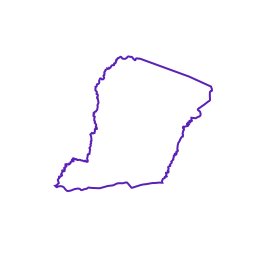 the district of Ngauma, Niassa, Mozambique, rotated 148°
{"feature_id": "85939544B1529593178446", "entity_name": "Ngauma", "entity_type": "district", "adm_level": 2, "iso_a3": "MOZ", "parent_name": "Mozambique", "parent_adm1": "Niassa", "projection": "robinson", "projection_center": [35.668, -13.833], "detail": "fine", "context": "isolated", "style": "outline", "palette": "violet", "viewbox_px": 256, "rotation_deg": 148, "n_neighbors": 0, "source": "geoboundaries", "source_scale": "gbopen_adm2", "svg_char_len": 5794}
<svg xmlns="http://www.w3.org/2000/svg" viewBox="0 0 256 256"><g transform="rotate(148 128 128)"><path d="M35.6,119.1L49.0,139.3L81.3,180.7L82.0,180.9L83.3,182.2L84.1,182.6L84.9,182.5L85.3,182.0L85.8,181.7L86.3,182.0L86.8,183.7L86.9,185.6L87.2,186.4L88.2,187.0L89.8,188.5L90.5,188.6L92.2,188.1L93.8,188.2L94.8,188.8L95.8,189.7L96.1,190.4L96.1,191.7L96.7,192.4L98.5,192.3L99.1,192.4L99.3,192.6L99.7,192.6L100.5,192.1L101.3,192.2L101.5,192.1L101.7,191.7L102.1,191.7L102.1,191.2L103.2,190.8L103.4,190.2L103.9,189.9L104.4,189.7L104.5,189.9L105.4,190.1L105.8,189.9L106.1,189.3L106.4,189.2L106.6,188.8L107.0,188.9L107.1,189.3L107.9,189.4L108.3,189.6L109.4,189.4L109.9,189.0L111.0,188.5L111.4,188.5L112.0,189.0L112.4,188.4L112.6,188.4L113.0,188.8L113.6,188.8L113.7,189.0L114.0,189.5L114.3,189.1L114.5,189.0L116.2,189.2L116.5,189.1L117.1,188.4L118.5,187.9L118.7,187.1L119.2,186.5L119.4,186.5L119.6,186.3L119.8,185.6L120.0,185.4L120.7,185.5L121.0,185.4L121.4,184.6L121.5,183.4L121.9,183.0L122.9,182.5L123.3,182.5L124.3,183.0L124.4,183.9L124.7,184.3L125.2,184.7L125.6,184.7L127.5,183.3L128.1,182.0L128.9,181.3L129.8,181.1L130.5,181.4L131.3,181.4L132.3,180.1L132.7,179.9L133.8,180.1L134.2,179.2L135.2,178.1L135.7,177.0L135.3,175.9L135.4,175.0L135.7,174.4L136.3,174.1L136.6,173.6L136.4,172.9L136.0,172.5L136.1,171.9L137.0,170.8L137.8,170.6L138.3,169.9L138.3,169.6L137.9,169.3L137.9,169.1L138.6,168.0L138.7,167.0L139.1,166.5L139.5,165.2L140.1,164.7L140.5,164.5L140.9,164.1L141.9,163.5L142.2,162.5L142.5,162.0L144.3,160.0L145.0,159.6L145.8,159.4L146.4,159.0L147.5,159.3L148.4,159.0L148.7,159.1L149.2,159.0L149.3,158.7L148.9,158.6L149.0,158.1L150.3,157.5L150.7,157.1L150.9,156.2L150.7,155.7L150.3,155.6L150.2,155.2L151.7,153.7L152.6,152.4L152.7,152.2L152.5,151.4L152.7,150.8L153.3,150.3L153.5,149.8L153.2,149.1L153.3,147.5L153.6,147.0L154.7,146.1L154.8,145.8L154.7,145.4L154.4,145.4L154.4,144.7L154.7,143.9L155.0,143.7L155.4,144.1L156.3,144.1L156.4,144.6L156.8,144.5L157.2,143.9L157.8,142.7L158.5,142.3L158.9,141.6L159.0,141.5L160.4,142.2L160.7,142.0L161.3,142.9L161.6,142.7L162.6,142.7L163.4,142.4L163.6,140.8L164.7,138.3L165.3,137.5L165.5,136.7L166.0,136.4L166.5,136.4L166.8,136.2L167.0,135.6L167.1,134.9L167.2,134.7L167.9,134.3L168.5,134.1L168.7,133.1L168.9,132.8L169.9,132.0L170.8,131.8L171.4,131.3L171.5,131.0L171.3,130.4L171.4,130.0L172.1,129.3L174.4,126.5L175.0,126.8L175.6,126.5L176.1,126.9L176.3,126.8L177.3,125.3L178.8,123.9L179.5,121.5L180.0,120.9L180.4,120.9L181.1,121.3L181.4,121.8L181.4,122.4L181.5,122.9L182.0,123.1L182.4,122.9L182.8,123.0L184.1,124.8L184.9,125.3L185.3,126.1L185.7,126.5L187.9,127.7L188.2,128.9L188.7,129.2L188.9,129.0L189.1,129.1L189.2,129.7L189.8,130.0L190.0,130.7L190.5,130.4L190.8,130.6L191.0,131.1L191.4,130.8L192.3,130.8L192.6,130.5L192.6,129.9L191.7,129.4L191.6,129.0L191.8,128.7L192.2,128.8L193.3,129.5L194.6,129.6L195.0,128.9L196.2,128.5L196.7,129.1L197.0,129.0L197.2,128.4L197.4,128.4L198.2,128.7L198.6,129.5L198.9,129.8L200.2,130.3L200.4,129.9L200.8,129.7L200.8,129.4L200.5,128.4L200.6,128.1L201.1,128.0L201.7,128.2L202.5,128.0L203.0,128.0L203.4,127.9L203.4,127.4L203.1,127.1L203.1,126.7L203.9,126.6L204.3,126.0L204.3,125.4L204.5,125.2L205.1,125.2L205.8,126.6L206.0,126.8L206.3,126.8L206.4,126.7L206.1,126.4L206.1,126.1L206.3,125.8L207.6,125.0L208.5,124.7L209.4,124.0L209.4,123.6L208.9,123.1L208.9,122.9L209.1,122.7L211.3,122.6L212.2,123.3L212.4,123.2L212.6,122.9L212.6,122.1L214.8,121.4L215.1,120.9L215.7,118.5L215.8,118.0L216.0,117.9L217.8,117.6L218.9,117.2L220.4,117.6L220.0,116.0L219.7,115.5L217.8,115.3L216.8,114.9L215.6,114.1L214.4,112.9L213.8,111.5L213.7,109.6L213.3,107.7L213.0,107.1L212.4,106.3L209.8,105.3L205.3,104.4L202.6,103.2L201.8,102.6L201.4,102.1L201.1,101.8L200.7,100.3L199.9,99.7L197.1,99.2L195.4,98.4L194.5,98.4L193.9,98.5L193.3,98.5L192.7,98.2L190.4,96.3L183.9,91.9L175.8,89.5L171.1,87.3L166.4,86.7L163.6,85.2L162.6,84.4L161.7,83.9L160.1,83.4L158.4,82.8L157.8,82.3L157.4,80.6L156.9,76.8L156.7,75.8L156.4,75.2L147.1,72.8L145.2,72.1L141.5,70.4L138.4,69.2L136.4,68.3L133.2,66.5L130.5,65.2L127.9,63.4L127.7,64.3L127.1,65.1L125.5,66.3L123.3,66.2L123.0,66.8L122.8,67.0L122.5,67.0L121.8,66.6L120.9,66.4L120.8,67.6L120.3,67.8L120.1,68.0L120.0,68.6L119.8,69.1L119.7,69.7L119.5,69.9L119.1,69.8L118.5,69.3L117.9,69.0L117.1,69.1L116.7,69.6L116.7,69.8L117.0,70.4L116.8,70.7L116.0,71.0L115.7,71.6L115.1,72.0L115.0,73.0L114.8,73.2L114.4,73.7L114.0,73.8L112.6,73.4L112.2,73.5L111.9,74.6L111.0,75.0L109.7,75.2L109.1,75.8L109.0,76.6L108.0,76.7L107.5,77.0L107.0,77.0L106.5,77.4L106.2,77.3L105.9,77.7L105.8,78.2L104.8,78.9L103.9,80.2L103.7,80.3L103.1,79.9L102.8,80.0L102.2,81.1L102.0,81.3L101.6,81.2L101.4,80.6L101.4,80.2L101.2,80.0L100.9,80.1L100.3,80.9L99.8,81.2L100.0,81.8L99.9,82.0L99.3,82.3L97.8,82.2L97.6,82.4L97.4,83.8L97.2,84.2L94.9,87.1L93.0,88.9L92.1,89.1L91.4,89.5L89.9,90.6L89.2,90.9L89.1,91.1L88.7,91.3L88.1,91.5L87.9,91.7L86.6,92.0L86.1,91.7L85.5,92.2L85.3,92.9L84.8,93.4L84.8,94.1L84.4,94.7L83.5,95.3L82.8,96.3L82.0,96.5L81.7,97.1L81.3,97.2L81.2,97.4L81.2,97.8L80.9,98.1L81.3,98.7L81.0,99.1L81.0,99.6L80.7,99.8L80.1,99.7L79.3,99.0L77.5,98.6L76.7,98.2L75.8,98.1L75.7,98.2L75.9,98.8L76.0,100.0L75.8,100.2L75.0,99.6L74.6,99.1L74.4,99.0L74.3,99.8L74.1,100.0L74.3,100.8L74.1,100.9L73.5,100.8L72.3,99.8L72.2,99.9L72.2,101.0L72.0,101.4L71.7,101.3L71.4,101.0L71.4,100.7L71.0,100.3L70.6,100.1L70.2,100.1L69.9,100.4L69.8,100.8L69.8,101.5L68.8,103.1L65.7,100.6L65.1,100.3L63.5,100.4L61.4,100.0L60.3,100.1L59.7,100.5L59.3,101.0L58.7,102.1L58.4,103.1L58.3,103.8L58.6,104.7L59.1,106.0L59.0,106.6L58.8,106.9L56.9,107.2L55.6,107.1L54.1,107.3L51.0,107.4L46.1,107.9L44.6,107.9L43.9,108.1L43.4,108.6L41.4,112.2L40.8,113.0L39.8,114.7L39.2,115.2L38.3,115.5L37.5,115.1L36.9,115.3L36.2,116.7L35.8,118.7L35.6,119.1Z" fill="none" stroke="#5b21b6" stroke-width="2"/></g></svg>